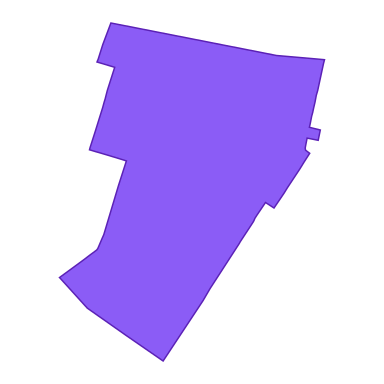 the district of Al-Munakh, Bur Sa`id, Egypt
{"feature_id": "37247803B61340660401138", "entity_name": "Al-Munakh", "entity_type": "district", "adm_level": 2, "iso_a3": "EGY", "parent_name": "Egypt", "parent_adm1": "Bur Sa`id", "projection": "albers", "projection_center": [32.286, 31.265], "detail": "fine", "context": "isolated", "style": "filled", "palette": "violet", "viewbox_px": 384, "rotation_deg": 0, "n_neighbors": 0, "source": "geoboundaries", "source_scale": "gbopen_adm2", "svg_char_len": 1044}
<svg xmlns="http://www.w3.org/2000/svg" viewBox="0 0 384 384"><path d="M324.5,59.7L311.2,58.5L276.5,55.5L110.9,23.0L102.8,44.5L98.1,59.4L97.5,60.7L97.0,62.0L114.7,67.3L107.3,90.5L105.3,98.3L105.1,99.2L104.8,100.0L104.0,102.7L102.7,107.5L95.0,132.2L90.1,147.5L89.5,149.8L92.2,150.6L95.8,151.7L98.7,152.5L104.1,154.1L109.5,155.7L112.4,156.6L115.8,157.6L124.2,160.2L125.3,160.6L126.4,160.9L118.5,185.5L103.8,234.6L101.9,238.9L98.8,246.2L97.7,248.7L97.2,249.3L96.7,250.0L90.1,254.9L83.7,259.8L73.9,267.0L59.5,277.5L85.7,306.4L86.5,307.2L87.2,308.1L126.2,335.5L163.1,361.0L203.0,300.7L210.0,288.7L238.7,244.4L239.5,243.1L240.2,241.8L251.5,224.6L253.6,221.3L254.2,220.0L254.3,219.8L254.8,218.5L256.7,215.5L265.5,202.5L274.0,208.0L284.1,193.1L287.3,187.9L300.0,168.7L303.8,162.5L309.7,153.3L305.6,150.2L305.4,149.2L305.2,148.1L305.8,144.8L307.1,138.1L318.2,140.3L320.3,130.0L309.4,127.3L310.3,123.3L311.7,116.1L312.7,112.5L313.6,108.2L315.0,102.2L316.3,95.3L317.7,90.5L323.5,63.6L324.5,59.7Z" fill="#8b5cf6" stroke="#5b21b6" stroke-width="1.5"/></svg>